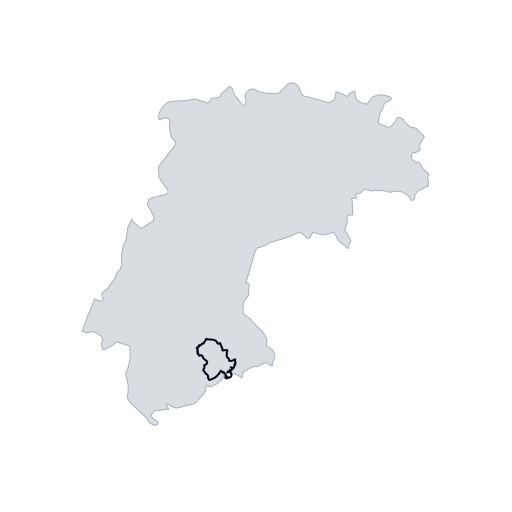 Dubreka, Dubréka, Guinea shown in context, rotated 287°
{"feature_id": "49546643B20116898332008", "entity_name": "Dubreka", "entity_type": "district", "adm_level": 2, "iso_a3": "GIN", "parent_name": "Guinea", "parent_adm1": "Dubréka", "projection": "mercator", "projection_center": [-13.536, 10.125], "detail": "fine", "context": "in_parent", "style": "outline", "palette": "ink", "viewbox_px": 512, "rotation_deg": 287, "n_neighbors": 0, "source": "geoboundaries", "source_scale": "gbopen_adm2", "svg_char_len": 6640}
<svg xmlns="http://www.w3.org/2000/svg" viewBox="0 0 512 512"><g transform="rotate(287 256 256)"><path d="M312.3,333.5L308.3,332.9L306.5,333.7L301.2,339.9L298.0,342.4L293.1,341.6L291.3,342.1L290.0,341.3L291.8,337.9L294.3,331.1L300.9,324.3L301.0,322.8L298.3,318.8L295.5,313.4L295.5,307.5L295.0,303.3L289.2,302.1L288.2,301.4L288.0,300.0L291.3,292.6L291.5,291.2L291.1,289.8L287.6,286.1L282.1,279.2L272.6,265.0L269.0,262.0L265.6,257.6L264.3,254.9L260.8,253.9L227.7,254.1L227.1,257.8L215.7,260.3L208.6,257.4L200.8,259.1L197.0,261.0L194.1,269.3L192.4,271.0L190.7,274.8L189.2,276.8L187.5,280.9L183.8,286.7L179.9,290.5L173.2,292.5L171.2,298.7L169.6,300.9L167.1,302.7L164.3,303.9L158.9,302.7L155.9,303.8L155.4,302.3L157.1,297.4L155.7,294.9L150.5,289.8L150.0,287.4L148.4,284.3L141.5,277.8L135.2,278.2L136.9,272.7L136.8,265.5L134.7,261.5L135.2,257.5L134.0,257.8L131.9,260.5L128.5,259.6L121.5,255.3L118.0,251.2L117.6,247.6L116.8,246.2L114.6,247.0L110.3,246.9L96.9,240.6L87.4,224.7L87.2,221.1L88.6,214.9L88.3,213.2L83.9,217.3L83.1,214.5L79.7,208.1L78.8,204.5L75.6,202.8L73.0,202.5L71.0,203.8L68.4,211.2L66.5,211.2L64.5,209.6L64.9,204.0L70.0,197.0L78.6,179.3L81.7,175.3L83.6,173.9L87.7,173.7L95.6,171.4L105.3,165.9L112.8,166.3L121.5,165.6L133.0,161.8L133.1,149.9L132.7,147.3L128.7,144.9L126.3,142.8L124.2,140.2L121.8,138.3L121.8,136.4L126.9,133.8L131.6,133.8L133.1,132.9L134.3,131.2L135.6,126.9L136.1,122.3L133.0,116.3L133.2,111.9L150.0,112.6L159.2,113.8L166.8,114.1L168.0,115.1L166.9,119.3L167.9,121.7L170.5,122.4L174.7,119.5L176.9,120.1L181.6,123.8L186.0,124.8L190.8,126.7L195.3,127.8L199.3,127.7L202.3,129.7L207.9,130.4L215.2,127.8L220.9,126.6L228.9,126.3L233.0,127.2L245.2,125.1L254.8,126.3L253.3,127.7L248.9,137.2L249.4,138.9L259.2,147.0L261.5,147.6L264.1,146.5L268.3,142.7L271.6,138.7L274.8,136.8L278.5,136.9L281.5,139.7L288.4,151.7L290.1,153.2L291.8,153.1L294.8,150.9L296.4,148.3L302.8,140.4L312.7,136.5L336.3,145.5L339.8,146.2L341.8,145.5L344.8,140.2L353.7,135.6L357.9,134.4L360.4,134.2L361.3,132.8L361.8,130.6L361.3,128.3L358.5,124.3L358.4,123.1L360.0,122.3L363.4,121.7L367.8,122.1L372.7,123.9L376.7,126.4L379.0,129.4L383.5,142.0L388.4,151.9L388.2,165.1L390.4,166.5L392.9,167.0L394.0,168.1L396.4,173.5L398.7,175.1L401.4,175.5L406.5,179.0L409.8,180.4L410.2,181.4L410.1,182.9L408.9,184.7L403.9,188.3L401.5,191.5L396.5,198.9L396.3,200.3L397.4,201.3L399.5,201.5L401.7,201.0L406.3,198.3L409.9,199.2L413.4,201.3L414.7,203.5L415.0,206.3L414.2,210.0L414.1,214.1L415.3,221.1L417.1,228.0L418.9,230.6L430.6,236.7L431.7,239.0L432.3,241.6L431.4,245.1L430.3,247.1L423.9,252.5L422.9,255.1L423.4,259.9L423.8,280.3L426.4,283.7L429.3,285.5L436.4,284.5L436.2,290.1L435.2,296.5L439.3,298.4L441.4,300.3L442.5,302.1L436.0,305.5L434.2,307.5L433.3,312.7L433.5,317.6L442.2,321.1L445.5,325.2L447.0,329.4L447.5,337.4L446.8,339.2L444.5,339.2L440.1,334.4L433.4,333.9L428.4,332.9L420.0,333.6L418.6,335.0L417.6,345.6L419.7,347.4L423.7,349.4L426.3,350.3L428.4,350.0L430.1,351.3L430.4,354.8L429.3,357.4L427.1,359.8L424.4,365.9L425.0,371.5L420.3,380.4L418.9,382.2L412.7,380.4L408.6,379.8L405.7,382.1L401.6,378.6L400.9,375.9L399.4,375.3L396.7,375.3L394.1,376.8L393.0,379.7L392.5,385.4L387.9,390.8L384.7,397.6L381.0,397.0L380.2,397.8L376.3,399.6L372.9,400.1L372.0,398.2L370.0,396.8L367.8,393.9L365.3,391.6L360.5,390.0L358.6,390.7L356.4,390.5L354.9,389.6L355.1,388.2L357.6,384.7L359.0,381.4L359.8,377.9L359.8,374.5L358.5,369.7L356.3,365.9L355.8,363.7L356.0,360.6L355.5,357.7L354.8,356.2L353.8,350.7L352.6,349.7L351.8,345.3L352.0,340.8L350.2,339.1L347.3,337.8L345.6,336.0L344.5,334.1L343.4,333.5L342.5,333.6L341.7,334.8L340.8,335.1L339.1,330.9L338.3,330.7L337.2,331.7L323.7,336.4L321.9,332.4L319.3,331.7L314.9,333.3L312.3,333.5Z" fill="#d9dde1" stroke="#a8b0b8" stroke-width="1"/><path d="M135.5,257.0L135.5,257.3L135.5,258.9L135.1,259.6L134.6,260.1L134.1,261.1L133.6,261.7L132.6,262.5L132.4,263.1L132.2,263.4L132.1,263.6L132.2,263.9L131.8,264.5L131.6,265.0L131.6,265.3L131.7,265.7L131.8,266.0L132.7,266.8L133.1,267.1L133.6,267.3L134.8,267.5L135.3,267.4L136.2,266.6L136.5,266.5L137.0,266.0L137.3,265.8L137.5,265.5L137.8,264.7L137.6,264.1L137.1,263.7L136.6,263.0L136.6,262.7L136.9,262.8L137.0,263.1L137.2,263.3L137.6,263.5L137.9,263.6L138.6,263.1L138.4,263.5L138.2,264.0L138.3,264.2L139.1,264.3L139.3,264.4L139.2,264.5L138.7,264.8L138.9,265.5L139.1,265.6L140.1,266.1L141.2,266.0L141.6,265.8L141.5,266.1L141.7,265.8L142.0,265.4L142.0,265.2L142.2,264.9L142.3,265.1L142.1,265.9L141.7,266.5L141.8,266.9L142.6,267.4L143.2,267.3L145.0,267.6L146.3,267.2L146.4,267.8L147.9,267.6L148.7,267.2L148.9,266.9L149.9,266.5L150.9,266.3L150.6,265.5L149.2,264.3L148.2,262.3L148.0,261.5L148.1,260.8L149.4,260.3L149.6,260.2L150.0,259.9L150.0,259.6L150.2,259.1L150.1,258.8L150.4,258.4L152.1,257.0L154.0,256.9L154.8,256.2L156.5,256.4L156.8,256.3L157.0,256.3L157.6,255.7L157.1,254.4L156.5,253.0L155.9,251.7L156.3,251.2L157.4,251.1L157.8,250.8L158.0,250.3L158.6,249.9L159.1,249.8L159.5,249.1L162.0,247.5L162.1,246.8L161.6,246.5L161.1,245.9L161.1,245.3L161.5,244.4L161.9,244.2L162.5,243.5L163.2,242.3L163.2,241.3L163.5,240.7L163.6,240.1L163.4,239.8L163.2,239.0L163.2,237.9L162.8,237.1L162.5,235.5L162.3,234.8L162.1,233.1L162.2,232.7L161.5,232.4L161.1,232.4L160.9,232.5L160.0,232.3L158.7,231.7L157.3,231.4L157.1,231.5L156.8,230.9L156.6,230.2L156.3,229.9L155.8,230.0L154.7,229.4L154.1,228.4L154.1,227.9L153.3,228.1L152.9,228.1L152.8,227.7L152.6,227.6L152.2,227.0L151.9,226.7L151.2,226.6L151.0,226.4L150.5,226.4L150.3,227.0L150.1,227.3L149.7,227.5L149.4,227.7L149.3,227.8L148.6,227.5L148.1,227.5L147.9,227.6L147.6,228.0L147.2,228.4L147.1,228.6L146.8,228.6L146.7,228.6L146.4,228.5L146.2,228.3L145.9,228.4L145.5,228.9L145.2,229.3L145.2,229.8L144.7,229.8L144.1,231.1L144.7,231.9L145.1,232.4L145.1,232.8L144.9,232.9L144.9,233.5L144.0,234.8L143.5,235.1L142.9,235.4L142.5,235.9L142.4,236.5L142.1,237.3L140.8,240.1L140.2,240.3L139.4,240.5L138.6,240.4L137.7,239.8L137.0,239.1L136.5,239.0L136.1,238.4L135.1,239.1L133.7,239.4L133.1,239.1L132.4,239.0L131.7,239.0L131.2,239.0L131.0,239.8L129.5,241.6L129.0,241.9L128.7,243.2L127.7,244.9L126.2,245.8L125.8,245.6L124.3,246.8L124.0,247.1L124.0,248.0L124.2,248.3L124.9,249.2L125.8,250.2L126.2,250.7L127.3,252.0L128.7,252.9L129.3,253.4L132.0,254.7L132.6,255.1L133.2,255.2L133.5,255.2L134.7,255.6L135.0,255.9L135.4,255.8L135.9,256.0L135.5,257.0ZM131.3,263.0L131.5,262.8L131.9,262.3L132.0,262.3L133.0,261.7L132.2,261.8L131.5,262.2L130.9,262.2L130.6,262.4L130.3,263.1L130.3,263.4L130.6,264.0L131.0,264.0L131.3,263.0ZM134.9,259.3L135.3,258.9L135.4,258.6L135.3,257.9L134.9,258.7L135.0,258.9L134.8,259.2L134.8,259.4L134.9,259.3Z" fill="none" stroke="#020617" stroke-width="2"/></g></svg>